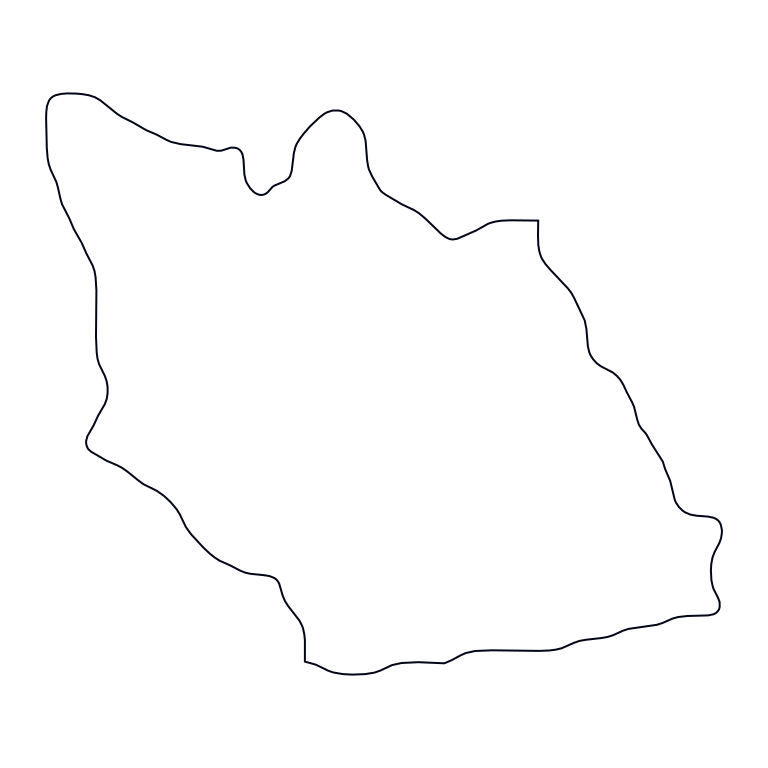 the district of Quisquella, San Pedro de Macorís, Dominican Republic
{"feature_id": "3306468B80132338687245", "entity_name": "Quisquella", "entity_type": "district", "adm_level": 2, "iso_a3": "DOM", "parent_name": "Dominican Republic", "parent_adm1": "San Pedro de Macorís", "projection": "orthographic", "projection_center": [-69.415, 18.546], "detail": "fine", "context": "isolated", "style": "outline", "palette": "ink", "viewbox_px": 768, "rotation_deg": 0, "n_neighbors": 0, "source": "geoboundaries", "source_scale": "gbopen_adm2", "svg_char_len": 3232}
<svg xmlns="http://www.w3.org/2000/svg" viewBox="0 0 768 768"><path d="M538.2,220.6L510.6,220.3L501.5,220.7L495.7,221.5L490.0,223.0L487.5,224.1L475.9,230.6L457.2,238.8L452.5,239.5L449.9,239.1L447.5,238.1L445.1,236.8L440.7,233.4L425.6,218.8L418.8,213.1L414.2,210.2L401.6,204.2L385.9,194.9L381.8,191.9L380.1,190.0L372.3,176.7L368.9,169.4L368.1,166.3L367.1,160.0L365.6,140.8L364.0,134.5L362.8,131.7L359.6,126.4L353.7,119.5L346.8,113.7L341.4,111.1L338.5,110.5L332.7,110.5L327.0,112.3L324.3,113.8L319.4,117.5L310.2,126.2L303.9,133.4L300.0,138.5L296.7,143.9L295.5,146.7L293.9,152.9L291.7,170.9L290.0,176.2L288.4,178.4L284.6,181.3L274.2,185.7L272.6,186.8L267.5,192.5L265.8,193.7L263.8,194.6L261.5,195.0L258.8,194.7L256.4,193.7L254.1,192.3L250.2,188.3L247.0,183.4L245.8,180.7L244.4,174.6L243.5,159.7L242.5,154.4L241.4,152.0L239.7,149.9L237.6,148.5L235.4,147.8L230.9,147.6L221.2,150.7L216.9,150.8L202.6,146.7L180.4,144.1L171.0,141.9L166.1,139.7L156.6,134.6L146.1,130.1L132.1,122.0L121.9,117.0L116.9,113.7L100.4,100.4L95.1,97.3L89.1,95.3L82.8,94.2L76.5,93.6L67.2,93.4L61.2,93.9L55.7,95.2L53.1,96.4L50.8,98.2L49.0,100.6L47.0,106.0L46.3,111.9L46.1,118.2L46.8,148.0L47.6,157.9L48.8,164.3L50.7,169.8L56.3,181.9L57.9,187.4L60.4,198.7L62.0,204.2L69.4,218.6L73.8,229.0L81.8,243.1L86.4,253.5L92.6,265.4L94.5,271.0L95.6,277.3L96.4,290.3L96.0,336.9L96.7,352.7L97.5,358.7L99.1,364.2L104.9,376.1L106.7,381.4L107.6,387.1L107.6,392.9L106.8,398.7L104.9,404.0L98.2,415.5L93.5,425.6L87.3,436.4L86.1,441.2L86.2,443.8L86.8,446.2L87.9,448.6L89.6,450.4L91.4,451.9L106.5,460.7L116.8,465.1L122.0,467.8L127.0,471.3L138.9,480.9L143.8,484.4L156.6,490.7L164.0,495.9L170.7,502.2L176.6,509.2L179.8,514.3L185.9,527.1L191.1,534.3L203.5,547.7L210.1,553.9L214.8,557.6L219.8,560.8L230.2,565.4L239.7,570.4L244.8,572.5L250.3,573.8L264.3,575.2L269.6,576.1L274.3,578.0L276.4,579.5L278.0,581.5L279.2,583.7L282.8,596.0L285.0,601.1L288.2,606.1L299.3,620.4L302.1,625.8L303.1,628.6L304.3,634.4L304.9,640.3L304.9,661.6L315.9,664.7L328.0,670.6L333.4,672.5L342.8,674.1L352.4,674.6L365.2,674.1L374.5,672.6L380.0,670.7L392.0,665.1L401.5,663.0L418.3,662.2L444.4,663.3L451.2,660.4L460.7,655.3L465.6,653.1L475.1,651.0L491.7,650.3L539.2,650.9L549.1,650.5L555.6,649.7L561.8,648.2L574.0,642.8L579.5,640.9L585.7,639.8L601.6,638.0L607.8,636.9L613.3,635.1L623.0,630.7L628.5,628.9L656.9,624.8L662.5,623.0L672.3,618.7L677.8,617.1L687.1,616.0L708.1,615.4L713.3,614.3L715.7,613.2L717.7,611.4L719.1,609.2L719.7,606.8L719.6,601.9L718.0,597.7L713.6,589.1L712.7,586.3L711.4,580.1L710.9,570.4L711.3,563.9L712.5,557.6L714.5,552.2L719.3,543.1L721.1,538.1L721.9,532.7L721.9,530.1L720.9,525.0L719.8,522.6L718.2,520.5L715.9,518.8L713.4,517.7L708.0,516.6L696.4,515.7L690.4,514.6L685.2,512.4L682.9,510.9L679.0,507.1L676.0,502.7L674.8,500.0L670.2,480.9L665.1,469.0L662.8,461.6L651.9,444.4L647.1,435.5L645.8,433.5L641.4,428.6L638.9,424.7L637.3,419.9L634.0,406.6L631.8,401.7L626.8,392.3L623.3,384.7L620.4,379.9L616.9,375.9L612.8,372.5L600.9,366.3L596.7,363.2L593.1,359.3L590.2,354.7L589.2,352.0L587.9,346.4L586.4,329.0L584.7,320.4L574.2,298.1L571.4,293.0L567.8,288.3L551.3,270.8L545.4,264.0L542.2,259.1L540.9,256.5L539.2,250.8L538.3,244.9L538.0,235.9L538.2,220.6Z" fill="none" stroke="#020617" stroke-width="2"/></svg>